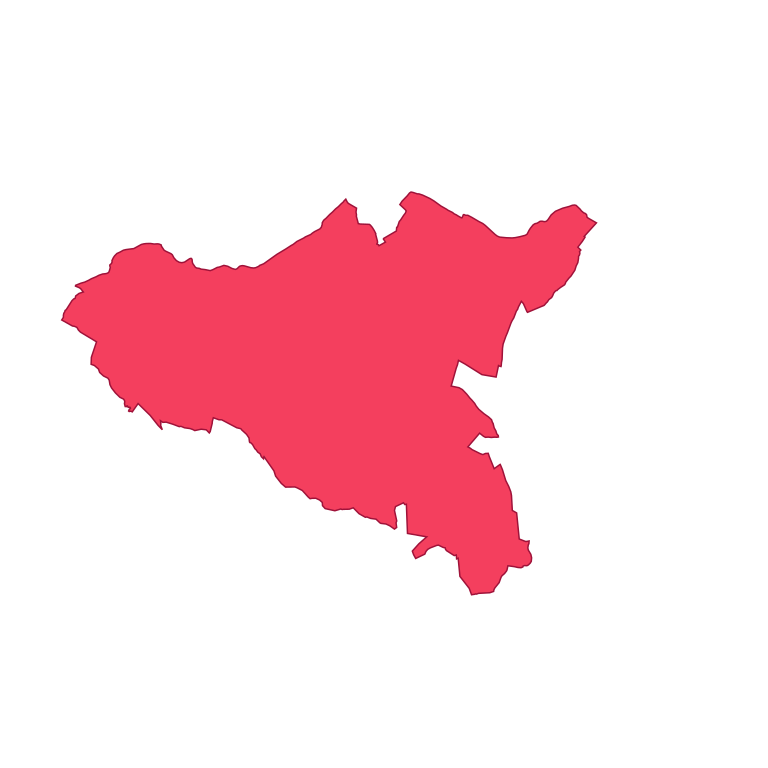 Cenade, Alba, Romania, rotated 244°
{"feature_id": "2599482B32969381521315", "entity_name": "Cenade", "entity_type": "district", "adm_level": 2, "iso_a3": "ROU", "parent_name": "Romania", "parent_adm1": "Alba", "projection": "robinson", "projection_center": [24.001, 46.05], "detail": "fine", "context": "isolated", "style": "filled", "palette": "rose", "viewbox_px": 768, "rotation_deg": 244, "n_neighbors": 0, "source": "geoboundaries", "source_scale": "gbopen_adm2", "svg_char_len": 6171}
<svg xmlns="http://www.w3.org/2000/svg" viewBox="0 0 768 768"><g transform="rotate(244 384 384)"><path d="M607.9,150.1L607.2,149.6L604.3,152.2L602.8,153.1L598.5,154.1L599.1,149.6L598.3,145.5L596.4,144.0L596.3,143.3L596.5,143.0L596.5,142.5L595.7,140.1L590.3,131.3L590.0,130.5L589.9,129.6L588.9,128.8L587.9,127.2L586.2,125.9L584.5,125.1L582.8,122.4L572.7,129.4L571.6,131.0L569.5,132.8L566.4,133.0L563.7,133.9L547.9,144.1L536.3,132.7L530.1,129.4L527.6,131.8L522.7,133.9L519.0,133.5L514.2,135.4L510.3,138.4L507.9,138.7L503.5,137.4L499.9,137.4L493.7,138.7L487.8,140.8L484.6,143.3L482.9,143.5L481.7,143.2L480.1,142.1L477.2,141.5L476.6,142.5L477.0,143.3L476.7,143.8L475.3,143.8L474.4,145.5L473.9,145.6L473.1,145.3L473.0,144.1L471.7,142.6L471.0,142.9L470.5,144.6L469.3,145.5L474.2,154.4L458.2,160.1L445.9,162.8L440.1,164.7L444.6,165.1L446.3,166.1L449.0,167.0L446.5,168.4L445.2,171.5L440.4,176.6L435.4,181.3L435.3,182.1L434.7,183.2L432.1,185.5L429.0,190.1L426.9,192.2L425.1,193.5L423.5,199.9L420.7,204.2L416.6,205.5L417.4,206.9L423.9,212.3L425.6,213.3L428.5,215.8L424.2,220.0L423.0,222.4L409.2,232.5L406.6,235.7L405.1,236.0L399.0,238.4L394.7,239.0L390.9,237.7L390.1,237.8L389.8,238.4L387.3,239.3L382.4,239.6L381.0,240.2L378.0,240.7L375.5,242.1L372.4,241.9L369.6,242.9L370.8,243.6L371.3,244.3L354.2,247.0L348.7,246.2L339.7,248.1L334.5,250.3L330.5,258.8L328.8,260.4L324.1,263.9L315.7,266.3L313.3,267.3L312.8,269.2L311.2,272.6L307.9,275.3L304.6,276.6L301.6,275.4L297.8,276.5L291.6,284.3L290.6,290.3L289.5,291.4L289.2,292.5L286.7,297.9L286.2,302.1L278.4,304.7L272.4,308.8L272.0,310.3L269.0,313.1L266.0,317.6L261.1,319.4L260.1,320.1L257.3,324.4L254.1,327.0L249.0,329.8L249.5,332.5L254.0,334.0L255.3,335.4L265.8,338.0L268.8,340.6L268.7,349.4L266.5,349.9L266.1,351.4L239.4,339.6L227.9,355.4L225.1,345.3L221.4,336.2L217.6,335.8L213.3,336.0L213.2,346.1L215.1,348.3L216.2,350.8L216.4,353.9L215.8,360.7L215.3,362.3L211.1,365.6L209.9,367.2L208.3,366.8L206.7,367.2L199.0,371.9L198.6,374.0L195.0,372.6L194.9,374.3L177.8,367.9L163.0,371.0L156.2,370.3L155.2,373.5L155.2,374.3L154.6,375.1L154.4,377.2L150.0,387.6L149.5,391.6L150.8,392.5L152.1,394.2L155.0,400.4L158.9,404.4L159.9,405.9L160.8,409.3L162.2,412.1L162.9,413.0L166.3,415.7L162.6,421.2L160.4,423.9L158.8,426.6L158.7,428.6L159.3,429.0L159.3,430.3L159.1,431.0L158.3,432.2L158.0,433.3L158.1,434.5L158.9,436.9L160.0,438.6L163.1,440.5L166.5,441.3L171.4,440.9L173.6,441.4L176.2,443.2L176.9,444.2L179.3,445.6L180.0,443.1L180.5,442.1L185.4,437.6L210.0,446.7L214.1,443.9L227.9,449.7L231.5,450.7L237.3,451.2L243.9,451.1L255.1,452.9L260.4,453.2L260.8,453.2L260.8,452.9L259.6,445.9L272.6,446.8L276.0,447.3L277.1,444.7L277.2,442.1L277.7,441.4L279.4,439.8L286.4,434.4L288.5,433.4L290.7,431.8L297.9,448.4L293.4,450.5L291.6,451.8L290.6,454.4L288.9,457.0L287.8,460.0L286.6,462.2L286.2,463.6L287.6,464.1L289.8,463.5L292.9,464.0L296.3,463.8L300.9,464.8L301.8,464.6L304.8,465.0L308.6,463.5L313.3,460.9L319.7,458.1L323.8,457.2L326.8,457.0L331.4,455.8L333.4,455.1L338.7,453.9L344.6,452.0L347.8,449.8L352.7,443.5L366.5,455.8L369.1,458.5L372.6,461.3L366.4,465.6L349.5,476.1L341.1,487.8L350.4,495.0L349.4,495.7L348.4,496.8L349.1,497.4L351.8,499.0L354.3,500.9L364.2,506.2L367.7,508.6L373.5,514.5L376.0,517.4L382.9,524.6L384.7,526.8L386.5,529.6L391.5,534.9L392.6,536.9L394.1,538.3L398.1,543.7L395.2,544.5L386.3,544.2L385.5,544.4L384.5,562.5L385.9,565.8L386.1,566.7L387.6,569.2L388.2,572.5L389.4,574.3L391.3,576.4L392.3,578.6L392.5,579.5L392.2,580.4L392.7,581.6L393.4,585.0L394.0,589.8L394.8,591.0L395.8,591.9L398.1,596.7L399.0,599.3L402.6,605.4L405.9,608.5L408.1,611.4L411.6,613.9L413.4,614.8L414.3,616.3L415.8,617.5L417.2,617.7L418.1,619.6L422.0,618.2L425.2,624.7L427.5,628.5L427.9,629.1L428.9,628.6L435.7,645.6L442.6,640.9L444.7,639.6L447.5,640.3L449.0,639.7L450.5,638.4L452.1,637.8L452.7,637.4L455.2,636.9L460.3,635.0L461.3,633.8L462.1,631.6L462.4,628.3L463.7,621.6L464.1,613.8L462.7,608.4L459.8,603.4L459.1,601.4L459.2,600.6L459.6,599.3L461.0,597.5L461.8,595.7L461.4,592.2L461.9,590.0L461.7,587.9L459.9,584.0L458.5,581.7L456.0,578.4L455.7,576.3L456.8,570.8L458.0,566.2L459.1,563.2L461.7,558.3L465.3,552.4L467.2,550.7L469.7,549.4L482.0,544.6L485.0,543.1L488.3,540.6L495.4,535.9L498.9,533.3L499.9,531.3L501.2,530.2L501.4,529.6L499.4,527.3L499.2,526.9L499.6,526.3L502.6,524.2L504.4,523.1L506.1,521.7L508.1,520.8L512.4,517.5L513.6,516.9L519.0,513.2L526.7,509.1L530.7,506.5L536.9,501.5L539.6,498.7L540.3,497.3L543.5,494.0L544.7,492.4L544.5,490.7L542.9,487.3L540.4,480.4L538.3,476.9L531.2,479.6L529.8,479.8L528.2,478.1L527.1,475.8L524.0,470.6L523.4,469.0L519.5,465.2L519.2,464.9L519.3,464.2L519.0,463.9L516.1,462.2L515.0,447.5L514.6,447.0L510.9,447.5L510.5,440.1L511.7,440.0L512.8,438.9L513.3,439.2L513.8,440.1L515.2,440.7L522.2,442.1L522.6,442.5L526.2,442.5L530.0,442.1L532.8,441.4L533.9,440.8L538.1,432.9L539.4,431.2L547.0,432.7L548.0,433.4L550.8,434.2L554.1,436.4L562.0,431.1L563.9,430.7L566.9,430.7L566.0,428.1L565.4,427.1L564.8,424.7L563.4,420.7L562.6,417.2L561.1,413.0L560.2,409.6L558.3,404.4L557.8,402.1L557.2,400.9L555.9,399.1L554.6,398.5L552.1,396.1L552.0,395.3L551.5,394.4L551.4,388.4L551.0,385.6L550.5,383.7L550.7,377.8L550.4,375.8L550.3,368.2L549.3,363.6L549.2,361.4L548.4,354.8L547.5,344.6L544.8,328.6L545.1,324.0L544.7,323.1L544.8,319.6L545.4,317.7L546.9,315.3L551.2,310.5L552.4,308.8L552.9,307.3L553.1,305.7L552.1,302.7L552.0,301.7L552.2,300.6L554.4,298.1L558.3,295.2L560.8,292.1L561.3,287.3L561.9,285.2L561.8,280.2L562.1,277.5L565.3,273.3L567.4,270.0L568.9,268.7L570.4,266.4L571.7,265.6L576.3,264.9L578.0,265.3L579.7,266.0L580.5,266.1L581.3,265.9L581.7,265.1L581.8,264.1L581.0,258.1L581.7,255.4L583.2,253.3L585.9,251.5L589.5,250.5L592.9,250.4L594.5,249.7L599.2,245.9L600.7,245.0L605.3,244.4L606.7,244.7L608.4,243.2L609.2,242.0L610.6,238.7L612.7,235.7L614.5,231.8L615.3,229.4L615.8,227.1L615.4,218.5L617.9,211.1L618.5,208.4L618.3,204.2L618.4,201.2L617.3,198.1L616.3,196.3L614.2,193.6L612.9,193.1L611.8,191.9L611.2,189.8L610.5,189.4L608.6,189.0L605.6,186.3L604.9,185.2L604.9,183.4L605.3,181.8L606.2,179.4L606.7,175.6L606.6,172.1L606.9,167.1L606.7,164.0L606.8,159.6L607.5,155.7L607.9,150.1Z" fill="#f43f5e" stroke="#9f1239" stroke-width="1.5"/></g></svg>